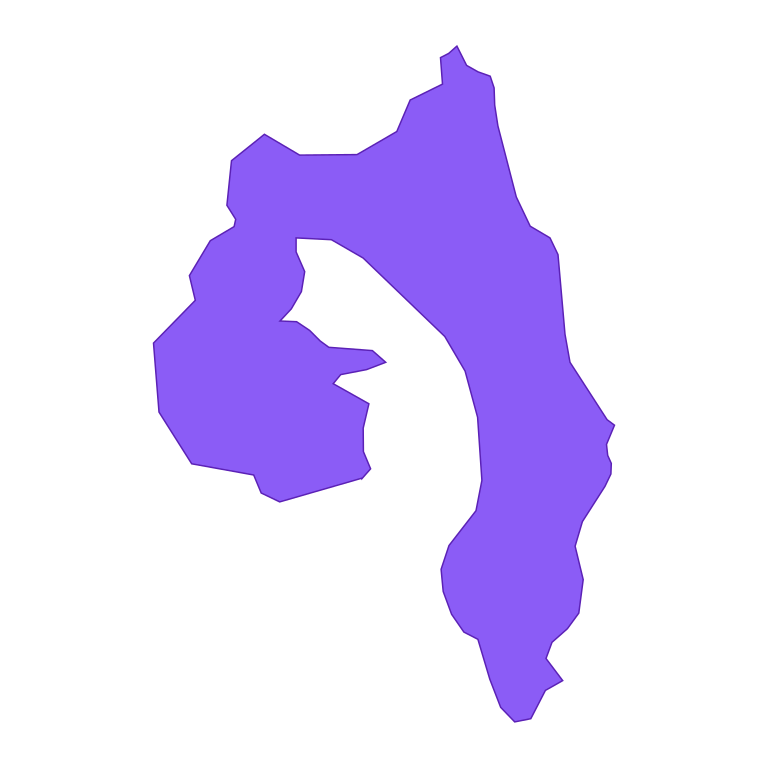 SVG path tracing the border of Ards
{"feature_id": "GBR-2137", "entity_name": "Ards", "entity_type": "District", "adm_level": 1, "iso_a3": "GBR", "parent_name": "United Kingdom", "parent_adm1": "", "projection": "mercator", "projection_center": [-5.598, 54.505], "detail": "fine", "context": "isolated", "style": "filled", "palette": "violet", "viewbox_px": 768, "rotation_deg": 0, "n_neighbors": 0, "source": "natural_earth", "source_scale": "10m", "svg_char_len": 1191}
<svg xmlns="http://www.w3.org/2000/svg" viewBox="0 0 768 768"><path d="M456.9,46.1L466.6,65.4L477.9,71.8L490.2,76.2L494.1,87.9L494.7,105.1L497.9,125.9L516.3,197.0L530.2,226.2L550.0,237.9L558.0,254.6L565.0,334.3L570.0,362.3L607.1,419.7L614.5,425.2L606.5,444.4L607.7,455.4L611.3,463.4L610.9,474.0L605.0,486.3L582.4,521.6L575.1,546.2L583.2,579.6L578.8,613.1L567.4,628.7L552.0,642.3L546.0,658.5L562.7,680.6L545.4,690.4L530.8,718.7L514.7,721.9L500.7,707.4L489.8,679.2L477.9,639.3L463.9,632.1L451.6,614.3L443.2,591.5L441.1,569.3L449.0,545.5L476.0,510.7L481.9,480.4L477.6,417.3L465.1,371.1L444.8,336.5L363.1,258.0L331.4,239.7L296.1,237.9L296.1,251.9L304.7,271.6L301.4,291.6L291.3,308.9L280.0,321.0L296.6,321.7L309.6,330.4L320.1,340.9L328.8,347.3L372.4,350.6L385.7,362.3L366.6,369.6L340.7,374.6L333.2,383.7L368.9,403.8L363.2,428.1L363.4,451.6L370.6,468.8L361.9,478.7L361.8,478.2L279.7,501.9L261.2,493.0L253.7,475.0L191.7,463.8L159.0,412.1L153.5,343.1L195.3,300.3L189.4,275.6L210.3,240.7L234.1,226.6L235.7,219.3L226.9,205.3L231.5,160.7L264.4,134.3L299.6,155.1L357.0,154.6L396.8,131.5L410.2,100.0L442.5,84.1L440.5,57.6L448.7,53.4L456.9,46.1Z" fill="#8b5cf6" stroke="#5b21b6" stroke-width="1.5"/></svg>